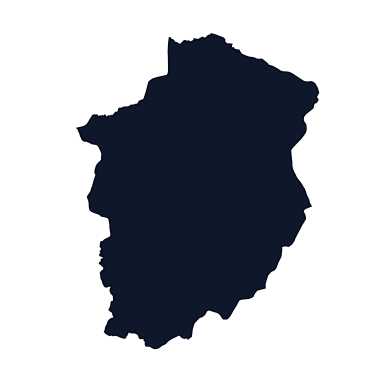 Saravane, Saravan, Laos (orthographic projection), rotated 95°
{"feature_id": "54806243B98474683656009", "entity_name": "Saravane", "entity_type": "district", "adm_level": 2, "iso_a3": "LAO", "parent_name": "Laos", "parent_adm1": "Saravan", "projection": "orthographic", "projection_center": [106.381, 15.692], "detail": "fine", "context": "isolated", "style": "filled", "palette": "ink", "viewbox_px": 384, "rotation_deg": 95, "n_neighbors": 0, "source": "geoboundaries", "source_scale": "gbopen_adm2", "svg_char_len": 5951}
<svg xmlns="http://www.w3.org/2000/svg" viewBox="0 0 384 384"><g transform="rotate(95 192 192)"><path d="M290.7,122.3L287.6,121.2L283.9,118.7L281.2,110.9L277.5,111.4L272.5,110.5L267.9,109.4L263.9,106.3L262.7,103.8L260.3,102.0L254.9,100.5L248.3,97.9L241.0,97.8L238.3,98.2L237.3,94.6L237.5,91.0L235.0,88.2L231.1,86.1L229.2,85.7L214.7,79.7L210.5,77.5L208.7,76.8L207.4,77.0L204.4,78.1L202.0,79.7L200.4,79.6L198.9,78.3L198.3,77.5L195.6,72.2L194.2,73.3L193.1,74.0L189.3,75.4L185.5,77.7L179.5,80.3L177.7,81.9L176.4,82.6L174.2,84.3L168.9,89.1L161.3,93.7L157.6,94.9L155.9,95.2L154.3,95.2L148.0,96.5L141.6,97.6L138.4,95.7L128.8,88.0L125.8,86.1L122.6,84.3L119.3,83.9L114.9,84.7L113.1,86.3L110.9,87.5L110.0,87.7L107.3,87.6L105.0,86.2L103.8,85.3L97.7,78.9L95.1,78.7L92.9,78.0L91.7,76.0L90.8,75.4L89.3,74.7L88.7,74.8L87.8,75.8L87.0,76.4L86.3,76.5L82.1,74.7L78.5,76.0L77.0,76.7L73.8,78.9L72.4,80.8L71.9,82.7L72.7,87.5L72.3,90.0L71.6,91.7L65.9,102.2L65.1,104.0L64.6,105.6L64.4,107.2L64.5,111.6L64.4,112.9L64.0,114.1L63.6,115.4L62.8,116.4L60.1,122.3L59.1,126.8L58.8,127.4L57.8,128.0L53.7,133.9L54.3,137.8L53.9,139.9L53.1,142.1L52.7,147.9L50.7,154.4L48.8,156.3L48.4,156.4L47.8,157.0L46.6,157.7L46.8,159.4L47.5,159.5L46.4,160.4L46.4,160.6L46.9,160.9L46.2,161.9L46.2,163.7L45.9,163.8L45.3,163.0L45.0,163.1L44.8,163.3L45.0,164.2L45.4,164.7L45.2,165.2L44.7,165.5L44.0,165.6L41.4,165.4L41.6,166.4L41.3,167.3L41.5,169.0L41.4,170.2L40.7,171.4L39.2,172.8L37.3,172.8L37.0,172.9L36.8,173.5L35.8,174.7L35.3,176.2L34.8,178.5L34.2,180.1L33.3,183.9L32.9,185.9L32.9,186.4L33.4,186.8L33.5,187.3L34.1,187.3L34.7,187.8L34.8,188.0L34.6,189.2L34.8,189.6L36.5,189.8L36.3,190.7L36.4,191.1L36.9,191.4L37.6,191.6L38.1,192.6L38.0,193.1L37.4,193.8L37.1,195.3L38.1,196.2L38.2,197.2L38.7,197.3L39.0,197.7L39.7,198.0L39.5,199.0L39.7,200.9L39.3,202.6L39.4,203.2L40.8,203.3L42.3,205.5L42.6,206.2L42.8,207.4L42.1,208.1L42.1,209.4L42.9,211.2L42.6,211.5L41.9,211.7L41.9,212.1L42.4,213.3L43.2,213.4L43.6,214.4L45.5,215.5L46.1,217.1L45.4,219.7L44.8,219.9L44.6,220.4L44.6,220.8L45.1,221.0L44.8,222.1L43.9,222.5L42.9,223.6L42.7,224.2L42.0,224.5L41.8,225.8L42.1,226.7L41.8,226.9L41.4,226.7L40.5,227.1L40.3,227.4L40.4,227.9L46.0,228.1L54.1,227.8L58.5,227.2L73.5,225.7L76.8,226.0L78.2,227.1L81.3,236.9L83.0,241.0L85.9,244.2L87.2,244.6L96.6,246.2L101.9,247.4L104.5,248.2L104.9,249.9L106.4,252.4L107.3,252.5L108.0,253.3L109.0,253.3L109.4,253.6L109.7,255.7L110.3,256.7L110.7,257.9L111.0,260.1L111.6,261.1L112.6,261.8L112.8,262.9L113.2,263.9L113.5,267.2L113.9,268.0L114.8,268.5L114.6,269.4L115.2,270.8L115.0,271.5L116.2,272.4L116.6,272.4L117.2,271.9L117.8,272.0L119.6,274.1L119.5,275.2L120.7,275.7L122.1,277.0L123.5,277.3L123.7,277.6L123.7,277.9L123.0,278.4L122.9,278.9L123.6,279.9L123.6,281.8L124.6,283.2L125.0,284.6L124.9,284.9L123.5,285.2L123.1,285.5L123.4,285.9L124.4,286.5L124.0,287.8L124.4,288.8L124.4,290.2L124.9,290.6L125.1,291.0L124.9,292.7L123.9,293.1L123.7,293.4L124.0,296.7L124.6,297.6L133.3,301.9L134.2,302.6L136.3,305.1L138.5,311.8L139.2,310.9L141.6,309.8L143.1,308.8L146.1,307.7L147.2,306.8L148.2,306.5L149.1,305.9L150.0,304.9L150.5,303.9L150.4,301.6L151.5,297.8L152.3,296.4L152.5,295.6L152.7,292.2L153.0,290.7L153.7,289.6L155.3,288.3L160.3,285.4L161.8,285.0L162.8,284.8L165.1,285.0L167.2,284.6L168.2,284.9L169.6,285.8L171.2,287.4L173.8,289.2L178.3,290.2L180.0,290.3L181.3,290.1L182.7,289.2L183.4,289.0L184.8,289.2L187.8,290.0L195.6,291.5L196.6,292.0L198.3,292.2L200.9,292.9L205.3,295.4L206.0,295.5L207.2,295.1L209.3,294.0L211.3,293.4L216.7,292.6L218.3,292.0L219.1,291.4L219.9,290.2L221.2,286.1L221.6,283.8L222.1,282.9L222.2,281.9L223.1,281.0L223.8,279.8L224.1,276.6L224.7,273.7L225.3,272.8L226.0,272.3L230.9,270.9L234.7,270.4L240.8,268.9L242.3,268.9L243.5,269.3L244.6,270.1L245.5,271.9L247.4,274.9L249.6,276.7L249.7,277.3L249.5,277.9L249.6,278.2L250.0,278.3L254.1,278.6L254.7,278.2L255.1,277.5L255.4,277.3L258.1,276.8L258.5,276.9L258.6,277.7L258.9,278.0L259.2,278.0L259.4,277.2L259.6,277.0L260.6,277.3L262.1,278.3L262.7,278.4L263.5,277.8L263.5,276.8L264.1,275.9L263.8,274.7L263.9,274.3L264.7,274.0L265.5,274.2L266.1,274.6L266.9,275.9L267.4,276.4L268.2,276.4L269.0,275.8L269.3,275.8L270.3,277.5L270.8,277.9L271.2,277.9L271.6,277.5L272.0,276.2L273.2,275.1L274.2,273.4L275.5,272.9L278.1,273.4L278.4,274.7L280.4,276.0L280.8,276.0L283.5,275.3L285.2,275.2L286.5,274.6L288.1,273.5L290.6,272.6L292.0,271.8L293.5,270.7L293.9,270.1L294.0,269.1L292.3,265.0L292.4,264.3L293.1,264.1L295.9,264.8L297.4,264.8L298.5,264.4L299.8,263.7L301.7,261.6L302.7,261.0L306.4,260.5L308.1,260.8L308.3,262.4L309.1,262.7L312.8,262.9L314.6,263.4L316.2,264.2L317.0,263.9L318.7,260.7L322.3,259.4L323.1,257.9L323.5,257.7L324.4,259.1L325.6,261.8L326.6,262.9L328.1,264.0L331.4,264.8L332.9,265.5L335.2,266.2L337.5,266.1L337.9,266.6L338.7,266.9L340.1,265.7L341.5,262.9L341.9,261.4L341.7,260.6L341.0,259.8L341.2,259.2L341.7,258.7L341.9,258.0L341.1,256.2L341.7,253.1L342.5,250.9L343.4,247.4L343.0,245.8L342.5,245.7L342.0,245.4L341.3,245.4L340.3,244.5L339.8,244.6L339.6,244.3L338.7,244.4L338.5,243.9L338.0,244.0L337.7,243.5L336.2,243.6L336.5,242.1L337.1,241.7L336.9,241.2L337.4,240.8L337.4,240.2L337.2,239.6L337.4,239.0L337.0,238.4L337.2,237.3L336.7,237.5L336.0,237.5L336.3,236.8L336.0,236.3L336.8,236.2L336.9,235.8L337.4,235.6L338.4,233.5L338.9,233.0L342.1,231.4L342.3,231.0L341.9,227.0L343.6,226.7L345.3,225.1L347.4,225.2L348.6,224.8L349.2,224.4L349.3,223.7L349.1,220.8L349.3,220.0L350.3,218.2L350.8,216.9L351.1,215.3L350.8,213.7L349.8,211.6L347.0,208.4L345.4,205.5L342.4,203.2L339.8,199.9L335.7,193.1L335.4,192.3L335.9,191.0L337.1,189.9L338.0,188.4L338.2,186.9L337.6,184.1L337.7,183.1L338.4,183.0L335.8,180.2L328.7,180.0L322.4,178.7L316.3,173.9L315.0,171.0L313.0,168.9L309.1,167.2L307.7,165.0L309.1,159.0L309.6,156.1L311.4,153.1L315.5,149.9L315.5,148.0L315.2,146.2L313.3,144.4L310.5,142.9L304.9,140.3L302.5,139.0L295.6,136.0L294.3,133.7L292.9,126.3L292.0,124.3L290.7,122.3Z" fill="#0f172a" stroke="#020617" stroke-width="1.5"/></g></svg>